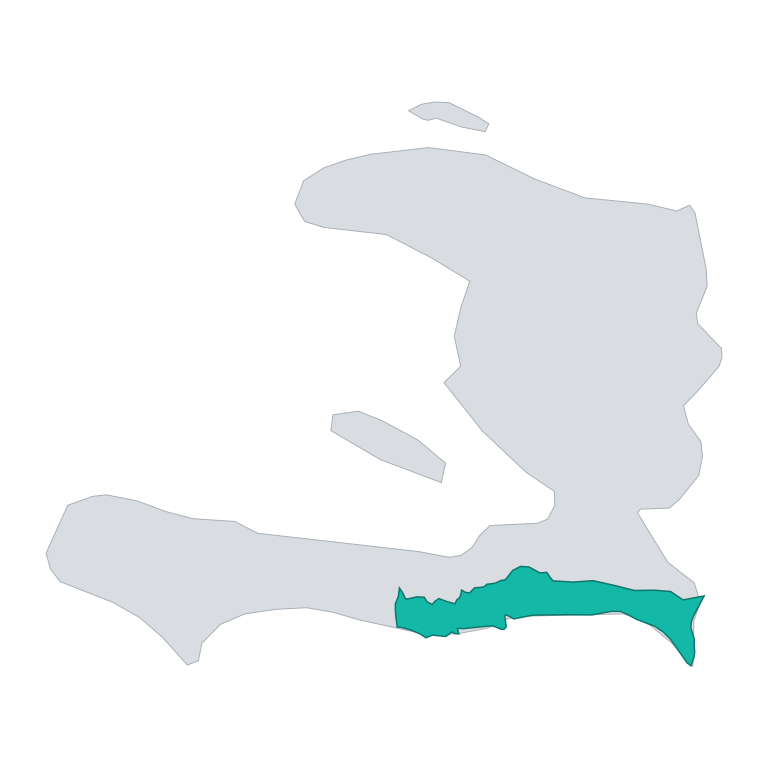 location of Sud-Est within Haiti
{"feature_id": "HTI-1389", "entity_name": "Sud-Est", "entity_type": "Department", "adm_level": 1, "iso_a3": "HTI", "parent_name": "Haiti", "parent_adm1": "", "projection": "robinson", "projection_center": [-72.47, 18.22], "detail": "fine", "context": "in_parent", "style": "filled", "palette": "teal", "viewbox_px": 768, "rotation_deg": 0, "n_neighbors": 0, "source": "natural_earth", "source_scale": "10m", "svg_char_len": 2723}
<svg xmlns="http://www.w3.org/2000/svg" viewBox="0 0 768 768"><path d="M689.8,205.2L695.1,213.4L706.1,268.7L707.2,286.4L696.2,313.2L697.8,323.8L721.5,348.5L721.9,357.4L719.1,366.3L698.9,389.7L683.4,405.8L688.4,424.2L700.9,441.6L702.5,456.2L698.7,475.5L679.4,499.5L669.3,508.1L640.6,509.1L637.4,512.6L651.7,536.0L667.9,562.4L694.3,583.0L700.2,602.3L693.9,620.6L692.9,665.9L672.7,643.9L650.4,625.5L637.0,618.4L623.2,613.9L517.3,616.3L505.5,619.4L496.2,625.3L486.3,628.3L457.2,633.8L428.2,635.0L360.6,620.2L333.8,612.5L306.9,607.7L275.9,609.3L245.0,613.8L220.4,624.4L201.9,643.2L198.4,660.6L187.4,665.1L162.5,637.3L139.7,617.6L113.6,602.7L60.1,581.6L50.4,568.8L46.1,553.1L67.8,505.2L92.4,496.4L106.0,494.8L136.4,500.7L166.0,511.6L193.1,518.7L234.9,521.5L257.7,533.3L418.6,551.6L449.1,557.3L461.0,555.3L471.4,548.1L480.0,535.2L490.0,525.5L537.7,523.3L547.7,519.0L554.7,505.5L554.5,491.4L526.5,472.6L482.6,431.3L444.0,382.6L460.7,366.2L454.3,336.2L460.6,308.4L469.8,281.2L431.6,257.9L386.5,234.6L323.9,227.4L304.7,221.5L294.7,204.1L303.7,180.7L324.0,167.7L347.3,159.7L371.1,154.2L428.5,147.6L485.6,155.0L534.9,179.1L584.9,197.9L648.2,204.2L676.6,211.0L689.8,205.2ZM445.5,463.2L441.3,482.6L380.3,459.6L330.9,430.6L333.0,414.8L358.3,411.2L382.4,420.9L418.2,440.2L445.5,463.2ZM479.1,117.5L488.8,123.9L485.1,131.7L461.1,126.9L436.2,118.1L428.1,120.3L423.1,119.2L408.6,110.8L421.4,104.3L434.5,102.1L448.9,102.6L479.1,117.5Z" fill="#d9dde1" stroke="#a8b0b8" stroke-width="1"/><path d="M704.1,595.9L704.0,596.2L693.4,616.2L691.5,621.3L690.8,626.7L691.2,629.3L693.8,637.2L694.3,640.3L694.2,644.8L694.7,652.8L693.9,657.5L691.0,665.8L687.1,662.9L670.4,639.1L663.1,631.9L654.7,626.2L635.9,619.1L628.2,614.7L620.4,611.4L611.1,611.4L592.0,614.9L567.2,614.7L532.4,615.2L513.7,618.9L508.9,616.1L506.0,614.9L504.7,616.0L506.3,626.6L504.1,629.3L501.3,629.3L494.8,626.6L491.1,625.8L463.0,628.7L457.3,628.3L457.8,629.5L458.4,632.6L458.9,633.9L455.4,633.6L453.9,633.2L452.3,631.8L445.7,636.5L432.5,635.1L426.0,637.8L419.8,633.8L411.3,630.2L402.3,627.6L396.9,626.9L397.1,625.6L396.4,620.8L395.8,616.0L395.4,610.0L395.3,603.9L398.4,596.2L399.4,588.0L402.8,593.0L405.7,599.1L410.7,598.3L417.1,596.8L420.8,597.1L424.3,597.3L427.0,601.6L432.2,604.5L434.9,601.3L438.9,598.6L447.0,601.6L454.9,603.8L456.8,600.0L459.7,597.4L461.0,594.0L461.6,590.1L465.4,592.3L469.5,593.0L472.1,590.3L474.9,587.7L479.6,587.5L484.1,586.8L486.8,584.3L490.0,583.9L495.5,583.1L501.4,580.3L504.3,580.2L506.7,578.2L512.6,570.5L520.5,566.4L529.1,567.0L535.3,570.4L539.9,572.9L546.8,572.4L549.7,576.7L553.0,580.8L572.8,582.1L593.1,580.7L613.8,585.3L634.5,590.5L654.5,590.2L670.6,591.5L683.0,599.9L703.9,596.0L704.1,595.9Z" fill="#14b8a6" stroke="#0f766e" stroke-width="1.5"/></svg>